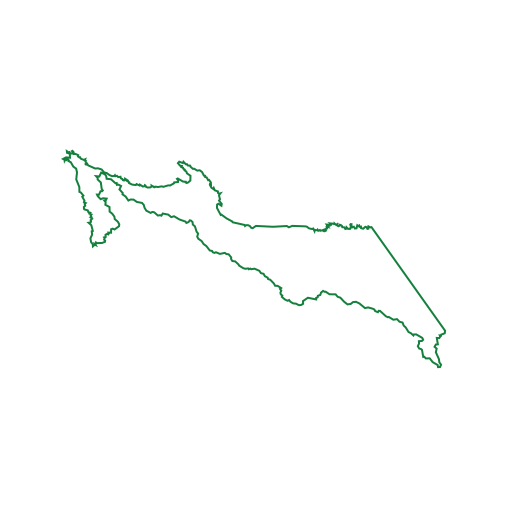 Juradó, Chocó, Colombia (Equal Earth projection), rotated 129°
{"feature_id": "7082276B94755540005328", "entity_name": "Juradó", "entity_type": "district", "adm_level": 2, "iso_a3": "COL", "parent_name": "Colombia", "parent_adm1": "Chocó", "projection": "equal_earth", "projection_center": [-77.627, 7.074], "detail": "fine", "context": "isolated", "style": "outline", "palette": "green", "viewbox_px": 512, "rotation_deg": 129, "n_neighbors": 0, "source": "geoboundaries", "source_scale": "gbopen_adm2", "svg_char_len": 6126}
<svg xmlns="http://www.w3.org/2000/svg" viewBox="0 0 512 512"><g transform="rotate(129 256 256)"><path d="M351.1,388.8L348.6,388.4L348.4,387.5L347.9,388.7L347.7,388.0L346.2,388.8L346.2,387.8L342.7,383.8L340.0,382.3L339.0,382.9L338.9,384.3L337.3,384.9L337.1,385.7L335.8,384.8L334.2,386.3L332.4,385.6L332.2,384.4L331.0,384.5L330.6,385.3L329.1,383.3L326.4,385.4L324.9,384.5L324.4,382.6L319.1,381.2L317.4,382.2L316.3,385.0L316.2,389.0L314.5,390.9L313.6,394.4L313.6,397.7L310.1,400.7L311.0,405.3L308.8,406.7L308.4,408.6L307.5,407.7L305.4,408.2L307.4,411.2L309.6,412.5L309.1,416.6L308.3,418.2L307.1,416.6L303.6,417.6L302.6,416.4L301.5,416.3L301.0,418.1L296.5,422.9L296.2,427.2L295.0,428.1L294.6,430.5L292.8,427.8L288.6,428.8L287.6,424.6L288.2,422.7L290.0,420.7L287.6,417.0L287.9,410.9L287.0,410.2L288.2,408.8L287.2,408.0L286.5,404.9L290.2,404.0L290.9,399.2L292.1,398.6L291.8,394.8L293.2,390.1L291.1,389.1L289.2,386.6L289.0,382.7L286.5,378.0L286.9,375.4L288.7,372.9L289.8,369.7L288.8,365.0L287.0,364.3L286.1,362.6L286.3,357.7L284.6,356.2L284.2,354.9L281.7,355.2L279.1,350.3L279.1,346.3L276.7,344.7L275.8,338.5L273.6,332.4L274.1,330.9L272.2,329.8L269.9,329.9L269.4,328.7L269.6,326.6L271.3,324.9L271.4,322.1L274.5,317.5L275.0,315.1L277.9,313.9L278.9,311.8L278.6,307.7L279.7,304.2L279.5,300.9L280.8,295.4L279.7,293.3L280.3,292.0L279.7,290.2L278.3,289.5L277.1,285.4L273.2,282.2L273.1,280.2L271.9,278.4L272.7,274.4L274.0,273.5L274.8,271.2L273.3,268.8L273.6,264.1L274.1,263.3L273.5,258.3L272.7,256.3L270.6,254.3L270.8,253.2L269.4,252.6L269.3,251.4L266.8,249.2L265.4,244.1L266.2,241.4L265.1,238.9L266.1,236.4L265.5,233.3L266.3,232.1L265.5,230.0L266.1,224.8L267.1,222.4L265.6,220.4L265.1,216.3L266.5,216.6L267.0,214.6L269.2,213.9L270.2,212.6L270.2,210.6L271.5,210.2L271.6,206.0L270.8,203.1L269.4,202.6L269.9,200.4L269.4,197.2L267.9,195.0L267.2,191.7L265.8,190.2L263.5,189.3L261.5,191.1L255.8,189.4L251.9,181.9L250.7,182.9L249.3,182.1L248.0,182.9L245.8,181.5L243.6,182.4L240.9,181.9L240.7,180.3L239.9,179.4L239.5,174.8L235.7,170.0L236.3,166.9L235.3,164.2L236.1,158.6L236.0,154.4L233.6,152.2L230.8,151.6L228.7,149.5L227.8,145.8L227.9,138.5L225.4,136.5L223.5,132.1L223.1,130.3L223.8,128.8L223.0,125.9L221.3,126.1L220.6,125.1L221.1,117.2L220.6,115.0L219.8,114.4L219.1,109.2L216.3,106.6L216.8,103.2L215.5,100.2L217.1,97.5L217.3,94.7L219.1,89.6L218.5,87.1L218.7,83.7L217.7,84.0L216.1,82.2L215.0,75.3L215.9,73.4L217.6,73.6L219.7,75.8L221.4,74.2L224.2,73.5L225.2,71.0L224.4,68.8L224.6,67.8L229.2,62.5L228.4,61.9L228.7,59.5L226.2,56.6L227.3,51.9L226.4,46.2L227.8,44.6L226.5,43.1L224.0,43.8L223.3,46.5L221.0,49.0L217.6,55.7L214.3,57.3L214.2,60.1L211.6,60.5L210.2,59.1L205.9,63.9L204.5,61.9L202.8,62.1L202.1,63.2L201.5,62.1L200.6,62.6L197.3,60.7L195.1,62.0L160.9,184.4L161.8,185.1L162.2,187.2L164.1,185.9L164.8,186.5L164.0,188.1L164.5,189.4L167.4,189.9L168.2,191.9L167.1,192.9L168.1,193.8L167.3,195.0L168.4,195.3L168.4,196.6L171.2,195.3L172.4,196.4L171.7,198.4L172.9,199.3L172.2,199.7L172.7,199.6L172.3,201.2L171.2,201.8L171.6,202.5L172.3,202.5L173.8,200.0L174.1,200.5L175.6,199.9L177.0,201.5L176.7,203.7L178.0,203.0L178.8,203.6L178.1,205.3L179.3,207.1L178.5,208.2L178.6,209.7L179.0,210.5L179.3,209.8L181.0,210.7L181.2,212.4L180.3,213.0L181.4,213.4L181.3,215.5L182.5,214.7L181.9,215.7L184.0,218.9L184.2,216.6L185.0,218.5L186.0,217.8L186.9,218.5L186.3,219.7L187.1,220.9L188.0,218.1L188.9,220.3L189.1,218.5L189.9,218.1L193.4,220.1L193.7,218.9L191.4,217.3L193.3,218.1L193.9,218.6L194.3,220.6L195.9,221.9L195.6,222.7L197.2,223.5L196.8,224.7L197.5,224.6L198.7,226.6L199.9,226.1L198.6,228.8L199.8,229.4L201.2,232.4L201.2,234.9L201.9,236.3L209.8,246.8L213.0,248.5L213.3,250.9L222.6,261.2L232.7,275.0L236.5,276.1L237.1,277.5L236.6,279.6L237.0,281.5L238.3,283.1L239.6,283.4L239.1,284.5L244.5,295.4L244.1,296.1L245.3,302.6L245.6,309.0L246.3,309.3L243.2,316.6L240.5,318.6L239.0,318.1L238.7,314.5L237.1,315.4L236.2,319.6L234.6,319.7L232.1,323.0L229.7,323.1L230.7,323.8L230.9,325.3L229.8,326.2L230.9,329.5L229.7,331.7L230.8,331.5L231.0,333.6L229.7,336.7L229.1,337.0L228.9,335.9L227.2,337.4L226.4,340.4L227.2,340.9L226.0,343.7L226.6,345.3L225.7,346.0L226.3,347.1L224.7,350.7L224.8,353.7L226.6,355.4L227.1,359.0L228.0,359.9L227.8,363.3L227.2,364.0L228.6,366.1L228.1,367.5L228.9,368.3L228.4,371.7L229.8,371.3L231.0,375.0L233.0,375.1L233.6,371.6L232.7,370.3L233.9,369.9L233.3,368.2L233.9,367.5L233.7,365.8L234.4,365.5L234.2,363.3L235.2,361.7L234.9,357.4L238.7,354.5L241.5,355.0L242.9,355.8L243.1,356.9L242.5,357.3L244.1,359.6L245.0,365.6L245.8,365.9L246.2,364.1L247.6,363.2L250.3,365.9L251.1,365.5L255.2,367.1L256.4,368.7L260.5,371.5L261.2,373.1L264.1,375.6L265.3,377.7L266.3,378.0L266.7,378.9L266.1,380.0L266.8,379.5L267.0,381.5L267.7,380.8L269.2,381.3L271.0,383.3L271.6,385.7L270.8,386.2L270.9,386.9L271.7,386.5L273.2,387.6L273.6,391.2L274.5,390.9L275.3,394.1L276.5,394.0L278.5,397.3L279.2,400.5L278.5,400.9L278.8,403.1L278.0,403.2L278.2,405.0L278.8,403.7L279.2,406.3L280.4,406.1L280.8,407.2L280.3,408.4L280.7,409.9L279.7,411.2L281.4,412.7L281.2,414.5L282.5,415.5L282.0,416.5L283.0,416.5L284.5,418.1L285.3,420.7L285.5,424.3L286.6,426.6L285.9,430.4L287.3,434.0L289.2,436.0L291.2,443.5L290.8,444.6L291.9,445.5L291.8,446.3L290.4,445.9L290.0,447.8L289.2,448.2L289.5,449.1L288.3,449.6L289.6,450.2L290.6,453.2L290.0,455.0L290.6,455.3L290.6,457.1L289.5,457.6L290.3,460.6L291.4,461.8L290.1,463.1L289.8,464.8L290.3,465.0L290.9,462.8L292.1,463.3L293.2,465.1L292.6,466.4L293.5,467.1L293.6,468.9L294.7,467.8L293.7,465.0L296.7,462.4L298.9,465.7L302.0,467.0L301.7,465.3L302.4,464.6L301.0,464.8L300.7,463.7L299.8,463.9L299.3,463.0L299.4,461.8L300.2,461.5L299.7,458.9L301.5,454.2L301.3,450.7L303.7,447.7L309.6,443.9L313.6,436.7L317.3,433.6L316.9,432.0L317.7,428.1L319.3,428.3L320.9,424.2L322.4,423.6L322.0,421.7L323.3,422.0L324.4,420.3L326.1,420.7L327.5,419.5L327.8,418.7L326.4,415.5L327.4,413.9L326.7,412.1L327.9,412.1L327.3,410.0L328.5,410.0L329.3,408.3L330.1,408.8L330.2,406.8L332.2,407.1L333.0,405.9L334.1,405.7L335.5,407.0L335.7,403.4L339.2,398.6L340.2,399.2L342.5,396.8L346.5,395.8L349.0,392.9L349.6,390.2L351.1,388.8Z" fill="none" stroke="#15803d" stroke-width="2"/></g></svg>